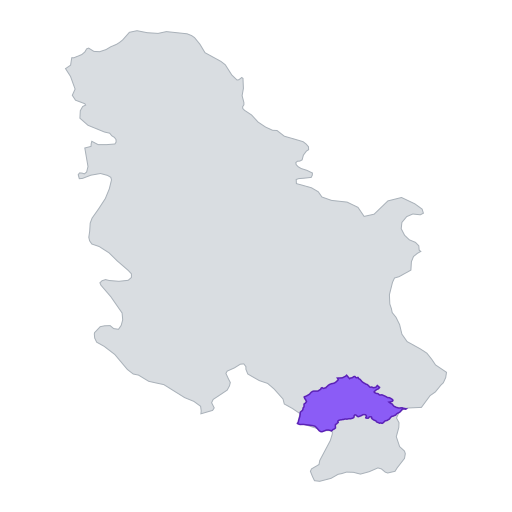 Jablanicki highlighted on a map of Republic of Serbia
{"feature_id": "SRB-843", "entity_name": "Jablanicki", "entity_type": "District", "adm_level": 1, "iso_a3": "SRB", "parent_name": "Republic of Serbia", "parent_adm1": "", "projection": "robinson", "projection_center": [22.002, 42.918], "detail": "fine", "context": "in_parent", "style": "filled", "palette": "violet", "viewbox_px": 512, "rotation_deg": 0, "n_neighbors": 0, "source": "natural_earth", "source_scale": "10m", "svg_char_len": 8865}
<svg xmlns="http://www.w3.org/2000/svg" viewBox="0 0 512 512"><path d="M296.4,183.6L311.5,187.8L318.3,191.8L321.9,197.0L331.5,200.4L347.1,202.1L358.0,207.4L364.1,216.4L374.1,214.2L387.9,200.9L401.5,197.5L414.8,203.8L422.1,209.1L423.4,213.2L420.3,214.8L412.8,214.0L406.7,216.6L401.9,222.4L401.2,228.7L404.6,235.3L409.3,239.8L415.5,242.4L418.8,245.8L419.2,250.2L420.8,251.4L417.3,253.4L413.5,256.5L411.4,261.7L410.9,270.1L399.0,276.7L394.5,278.0L392.5,282.3L389.4,294.7L389.8,304.0L391.4,308.7L392.2,312.6L396.0,317.3L399.6,324.6L401.9,334.2L407.1,341.6L420.3,348.9L426.9,353.2L431.8,359.4L435.5,364.9L446.5,372.3L445.7,377.6L443.3,382.8L440.8,385.2L435.4,391.9L430.1,395.6L421.4,407.4L407.6,408.0L404.3,408.9L399.1,412.1L396.5,418.0L399.0,422.7L398.8,427.5L396.3,436.7L399.6,446.6L404.5,451.1L405.3,453.7L404.5,458.4L397.2,467.8L395.0,471.3L387.7,473.0L385.2,472.1L381.4,468.9L377.9,467.9L369.2,471.7L360.4,474.1L353.4,472.3L346.5,472.1L341.7,473.6L338.1,474.3L331.1,478.3L319.7,481.3L314.5,480.7L312.6,476.8L310.4,471.3L311.5,468.9L319.0,464.5L319.8,460.4L330.3,440.6L332.3,434.1L332.4,432.0L329.7,430.6L323.9,430.7L298.6,422.6L299.7,413.4L292.3,408.4L284.3,404.0L283.0,399.0L274.1,389.0L267.6,383.4L259.3,380.6L252.1,376.5L247.8,374.0L245.9,369.3L245.9,366.6L243.8,363.9L240.3,364.2L234.4,367.9L227.2,371.1L225.9,373.4L228.5,379.0L230.3,382.5L229.5,385.8L227.2,390.1L213.2,399.4L211.6,402.7L214.2,407.9L212.6,410.4L200.9,413.8L201.2,410.9L200.6,406.3L193.9,401.4L184.6,397.6L163.8,384.6L155.8,382.9L148.7,381.3L138.5,375.1L133.2,374.0L127.4,369.5L114.8,354.5L104.1,346.3L96.7,342.2L94.7,338.1L94.3,334.0L94.6,332.6L100.2,326.7L104.6,325.8L110.1,325.6L113.7,328.6L118.5,329.3L121.2,325.4L122.7,319.9L122.1,313.0L110.8,296.7L101.0,285.3L99.9,282.8L102.1,280.7L105.5,279.6L109.2,280.5L118.9,281.3L128.2,280.3L131.4,277.5L131.4,273.8L128.1,270.3L117.3,261.0L109.0,252.8L99.1,246.5L91.8,244.0L89.6,240.8L88.8,237.3L89.7,231.1L90.2,223.1L92.1,218.1L98.8,208.6L105.3,198.6L109.3,188.9L111.5,179.9L110.8,177.3L107.5,175.4L100.5,173.5L90.8,175.2L82.5,178.4L79.3,178.7L78.2,174.7L79.6,172.9L82.1,173.1L84.3,173.9L86.6,172.1L88.0,166.6L84.8,148.0L91.0,146.4L91.2,143.7L91.8,141.3L98.1,144.6L107.0,144.6L114.9,144.0L116.1,142.1L116.0,139.5L114.4,137.4L111.7,135.7L109.7,133.2L104.4,132.0L88.0,125.3L79.9,118.2L80.3,110.7L82.7,106.5L85.6,105.1L84.8,103.7L75.5,100.2L72.3,95.3L75.1,89.1L70.5,76.4L65.5,68.6L70.6,65.2L71.3,60.5L71.8,57.7L73.8,57.8L81.9,54.5L84.9,51.9L86.6,48.9L88.6,48.1L93.9,51.4L99.6,51.7L106.0,49.6L110.9,46.7L116.6,44.3L119.3,42.6L122.6,40.0L129.4,32.3L137.0,30.7L147.2,32.7L158.1,33.4L166.4,31.6L187.1,33.8L191.6,35.6L194.5,37.6L199.9,44.2L205.0,52.7L212.3,56.7L220.9,61.4L225.3,64.8L231.8,75.0L237.0,80.0L238.7,79.8L240.5,78.5L241.7,77.5L243.0,78.4L243.1,81.5L243.4,88.4L242.1,95.7L243.9,102.6L243.9,104.8L242.6,106.8L242.8,108.6L244.6,110.4L251.6,115.0L258.1,122.1L265.6,127.1L272.6,130.3L277.0,130.5L284.3,136.2L298.5,140.3L303.1,141.7L306.2,144.1L308.5,146.8L308.6,149.7L306.4,151.1L303.4,155.1L302.1,159.9L299.8,161.1L297.5,161.2L295.8,162.6L296.2,164.7L298.1,166.7L301.1,168.5L306.8,170.3L312.4,173.0L312.3,175.1L311.2,177.4L304.0,178.2L298.7,178.6L296.2,179.5L296.4,183.6Z" fill="#d9dde1" stroke="#a8b0b8" stroke-width="1"/><path d="M406.3,408.8L405.7,409.2L404.0,408.9L402.7,408.9L401.9,409.6L400.4,411.6L399.4,412.4L397.1,413.5L396.3,414.2L395.7,415.1L394.6,415.4L394.4,415.5L393.9,415.8L393.5,416.0L392.8,416.2L391.8,416.4L391.6,416.4L391.4,416.6L391.0,417.1L390.5,417.5L390.2,418.0L389.7,418.7L389.4,419.0L389.2,419.2L388.2,419.7L387.7,420.1L387.5,420.3L387.2,420.4L386.9,420.5L386.6,420.6L385.7,420.7L385.3,420.8L385.0,421.0L384.8,421.2L384.3,421.6L383.7,422.3L382.7,423.1L382.3,423.3L382.0,423.3L381.7,423.2L381.4,423.2L381.0,423.0L380.7,422.9L380.3,423.0L379.7,423.2L379.4,423.2L379.2,423.1L378.8,422.8L378.4,422.6L377.4,422.3L377.1,422.2L376.7,421.9L376.4,421.7L375.9,420.9L375.7,420.7L375.4,420.6L374.6,420.4L373.8,420.0L372.1,418.8L371.8,418.5L371.7,418.3L371.6,418.2L371.7,417.4L371.6,417.2L371.3,416.9L371.1,416.9L370.8,416.8L370.4,416.8L370.0,416.8L369.7,416.8L369.3,417.0L369.1,417.1L368.6,417.9L368.4,418.1L368.2,418.2L367.9,418.2L366.9,418.2L366.6,418.1L366.2,418.1L365.8,417.9L365.7,417.8L365.7,417.6L365.8,417.3L366.3,416.6L366.4,416.4L366.5,416.2L366.4,416.1L366.3,415.8L365.8,415.0L365.6,414.8L365.4,414.7L365.2,414.7L364.6,414.6L363.5,414.6L363.2,414.7L362.8,414.7L362.3,415.0L361.6,415.5L361.4,415.6L360.6,415.9L359.3,416.4L358.4,416.7L358.1,416.7L357.9,416.6L357.7,416.5L357.4,416.4L357.0,416.0L356.3,415.3L356.0,415.1L355.8,415.0L355.6,414.9L355.3,414.9L355.1,414.9L354.9,415.0L354.7,415.0L354.3,415.5L354.2,415.7L354.1,416.0L354.0,416.9L353.9,417.2L353.8,417.5L353.6,417.7L352.9,418.0L352.4,418.3L350.3,418.8L349.6,418.7L349.0,418.7L347.9,418.9L347.2,419.1L346.3,419.1L345.4,419.0L345.1,419.0L344.7,419.1L343.8,419.4L343.5,419.5L343.2,419.5L342.9,419.5L342.6,419.5L341.6,419.8L341.4,419.8L341.0,419.8L340.7,419.8L338.9,420.3L338.7,420.4L338.5,420.6L338.0,420.9L337.9,421.1L337.8,421.3L337.8,421.5L337.9,421.9L338.2,422.3L338.2,422.5L337.5,423.0L337.3,423.1L337.1,423.2L336.9,423.6L336.7,423.8L336.4,424.0L335.8,424.3L335.7,424.4L335.5,424.5L335.4,424.8L335.4,425.0L335.4,425.9L335.4,426.8L335.5,427.7L335.5,427.9L335.4,428.0L335.1,428.3L334.2,429.0L333.9,429.2L333.1,429.5L332.8,429.7L332.6,429.9L331.6,430.9L331.1,430.6L328.3,430.0L326.3,430.1L322.2,431.7L320.9,431.7L319.3,430.8L316.3,427.4L314.9,426.2L312.7,425.6L303.3,424.4L300.0,424.5L298.4,424.0L297.4,423.5L297.5,423.1L297.9,422.8L298.2,422.2L298.6,420.4L299.8,416.6L300.2,414.6L300.3,412.2L302.5,410.3L302.5,410.2L303.0,409.1L303.0,408.9L303.0,408.3L303.0,408.1L303.2,407.8L303.9,407.0L304.0,406.7L304.0,406.1L304.0,405.9L304.1,405.2L304.1,404.9L304.0,404.5L304.0,404.3L304.0,404.2L304.4,403.7L304.7,403.5L305.2,403.3L305.3,403.2L305.5,403.0L305.7,402.7L305.9,402.4L306.3,401.9L306.5,401.5L306.4,401.3L306.3,401.1L305.9,400.4L305.8,400.2L305.6,399.5L305.5,399.4L305.0,399.0L304.9,398.8L304.6,398.1L304.3,397.5L304.2,397.2L304.2,396.9L304.4,396.8L304.5,396.7L305.7,396.3L306.6,395.9L309.0,394.5L309.5,394.2L310.0,393.7L310.2,393.4L310.8,392.7L311.0,392.5L311.2,392.3L312.2,391.6L312.4,391.5L312.8,391.3L313.2,391.2L313.6,391.1L313.9,391.1L317.1,391.1L317.4,391.1L317.8,391.0L318.2,390.9L318.5,390.7L319.3,390.1L320.2,389.6L320.5,389.4L320.6,389.2L320.8,389.1L321.0,388.4L321.1,388.2L321.3,388.1L321.7,387.8L321.9,387.7L322.2,387.7L322.3,387.8L322.7,388.0L323.3,388.4L323.5,388.4L323.8,388.4L324.3,388.2L325.1,387.9L326.0,387.7L326.1,387.4L326.4,387.0L326.8,386.7L327.4,386.2L328.0,385.6L328.3,385.3L328.6,385.1L329.7,384.4L330.8,384.0L331.4,383.7L331.9,383.6L332.8,383.5L333.1,383.4L334.2,383.1L334.5,383.0L336.3,381.7L336.9,381.1L337.5,380.5L338.1,379.9L338.2,379.6L338.1,379.3L337.9,378.8L337.4,378.1L338.9,378.0L339.7,378.0L341.4,377.9L342.1,377.9L342.7,377.6L343.4,377.4L344.1,376.9L345.5,376.3L346.6,375.2L349.6,378.7L350.6,378.0L351.4,377.9L351.7,377.9L352.1,377.8L352.3,377.6L352.6,377.5L353.6,376.7L353.9,376.6L354.3,376.5L354.5,376.5L354.9,376.5L355.1,376.7L355.5,377.2L355.6,377.4L356.0,377.6L356.5,377.8L356.9,377.8L357.1,377.7L357.6,377.5L357.8,377.4L358.0,377.4L358.2,377.6L358.4,378.2L358.6,378.5L358.9,378.7L359.1,378.9L359.8,379.2L360.0,379.3L360.2,379.5L360.4,379.7L360.7,380.1L361.2,380.6L361.6,381.2L362.5,382.0L363.3,382.6L363.8,382.9L364.0,383.0L364.7,383.3L364.8,383.4L365.3,383.8L365.6,384.0L366.1,384.2L366.9,384.4L367.1,384.5L367.3,384.6L367.8,385.0L368.3,385.5L368.6,385.7L369.4,386.7L370.0,387.2L370.5,387.2L371.2,387.1L371.5,387.0L371.8,387.1L372.5,387.3L373.0,387.6L373.5,387.7L375.3,387.4L375.5,387.4L376.0,387.1L376.6,386.4L377.3,385.5L377.9,386.0L378.5,386.5L379.4,387.3L379.6,387.4L379.6,387.5L379.4,387.8L378.8,388.3L378.3,388.8L378.1,389.0L377.2,389.3L376.4,389.7L376.2,389.8L376.0,390.0L375.8,390.3L375.6,390.5L374.4,391.4L374.2,391.6L374.2,391.8L374.2,392.0L374.3,392.3L374.5,392.5L375.6,393.1L375.8,393.2L376.2,393.4L377.4,393.5L377.7,393.6L378.1,393.7L378.3,393.9L378.6,394.1L379.0,394.6L379.3,394.8L379.6,394.9L379.8,395.0L380.1,395.0L381.0,394.9L381.3,394.8L381.7,394.9L382.1,394.9L382.5,395.0L383.3,395.4L385.2,396.2L385.9,396.6L386.7,397.0L387.2,397.4L387.4,397.5L387.7,397.6L388.6,397.6L388.9,397.6L389.2,397.7L389.4,397.7L390.6,398.3L391.9,399.1L392.3,399.4L392.6,399.7L392.9,400.2L392.9,400.4L392.9,400.6L392.8,400.8L392.6,401.0L392.4,401.2L392.2,401.4L391.7,401.5L390.7,401.8L389.0,402.1L389.7,402.7L390.7,403.3L390.9,403.5L391.3,403.6L391.8,403.9L392.2,404.0L392.3,404.1L392.5,404.3L392.8,405.0L393.4,405.6L393.7,406.0L394.1,406.3L394.6,406.6L395.3,406.8L396.0,407.3L396.4,407.4L397.2,407.6L397.5,407.6L398.2,407.9L398.6,408.0L398.9,408.0L399.6,408.0L400.0,408.0L401.1,407.8L401.8,407.8L402.2,407.8L402.5,407.9L403.3,408.2L403.6,408.3L404.3,408.4L406.3,408.8Z" fill="#8b5cf6" stroke="#5b21b6" stroke-width="1.5"/></svg>